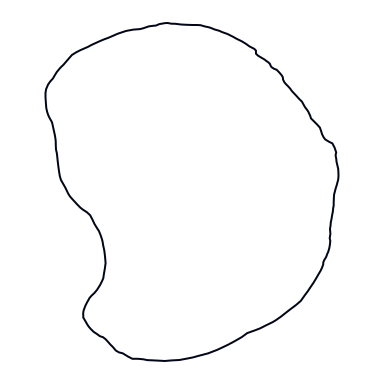 North Nilandhoo, Maldives
{"feature_id": "70690204B63708858601891", "entity_name": "North Nilandhoo", "entity_type": "district", "adm_level": 2, "iso_a3": "MDV", "parent_name": "Maldives", "parent_adm1": "", "projection": "mercator", "projection_center": [72.923, 3.188], "detail": "fine", "context": "isolated", "style": "outline", "palette": "ink", "viewbox_px": 384, "rotation_deg": 0, "n_neighbors": 0, "source": "geoboundaries", "source_scale": "gbopen_adm2", "svg_char_len": 2936}
<svg xmlns="http://www.w3.org/2000/svg" viewBox="0 0 384 384"><path d="M164.8,361.0L171.7,360.4L179.4,360.0L186.9,358.6L193.0,357.4L198.7,355.8L208.0,353.4L217.1,349.9L223.1,347.1L227.7,344.9L234.1,341.5L241.8,337.1L247.2,333.1L254.8,330.4L260.0,328.4L266.5,325.1L272.7,322.1L276.0,320.1L281.0,316.6L285.8,312.8L290.8,308.9L295.9,305.1L300.8,300.9L304.9,295.1L307.9,291.1L310.4,287.3L313.4,282.9L316.6,277.6L318.6,274.1L320.6,270.7L321.8,268.2L323.2,264.6L323.3,262.3L324.3,260.0L326.2,256.9L327.3,253.8L328.2,251.9L329.3,248.1L329.9,244.7L330.3,240.9L329.7,238.3L330.4,233.7L330.0,229.0L330.6,225.0L330.8,222.3L331.5,219.0L332.2,214.7L332.8,211.9L333.2,208.0L333.7,205.6L333.7,202.0L333.9,197.4L334.1,194.5L335.2,190.3L335.9,187.7L336.6,185.6L337.2,183.3L338.2,179.6L338.5,176.0L338.4,172.4L338.2,168.9L336.5,161.6L336.3,159.3L335.6,155.2L336.2,152.4L334.6,147.7L332.4,143.4L328.9,141.7L325.2,139.4L323.7,137.4L322.1,134.3L321.1,131.1L319.9,127.6L317.2,124.6L314.6,122.0L311.0,118.4L310.1,115.6L308.4,111.9L307.1,109.9L304.9,107.0L303.3,104.1L301.9,101.6L299.2,99.0L296.8,96.3L294.2,93.5L291.8,91.0L290.4,88.9L288.4,86.6L286.5,84.7L284.5,82.5L283.1,79.7L282.8,77.2L281.6,75.2L279.5,72.7L276.7,69.8L273.9,68.7L271.6,67.2L270.6,65.7L270.0,64.0L268.4,62.4L266.4,61.0L264.5,59.5L261.4,57.7L257.8,55.5L256.0,53.7L255.9,50.5L254.3,48.9L252.0,47.7L249.5,46.4L246.2,44.0L241.8,41.3L236.8,38.9L233.1,36.8L227.5,34.0L221.9,32.0L219.0,30.7L214.7,29.5L210.3,27.7L207.6,27.0L204.3,26.3L200.6,25.2L197.1,25.0L192.8,25.0L186.7,24.8L181.1,24.5L175.4,23.8L171.5,23.7L167.6,23.0L165.1,23.1L159.4,24.1L155.8,25.6L154.2,25.7L151.6,26.0L148.7,26.4L146.1,27.3L142.5,28.5L139.8,29.1L136.1,29.4L133.3,29.6L130.7,30.1L128.4,30.5L125.9,31.0L120.5,32.8L117.5,33.8L113.0,35.8L107.9,38.0L104.7,39.1L100.4,40.9L96.4,42.7L91.4,45.0L87.7,47.0L83.5,48.8L80.1,50.3L76.2,52.3L71.9,55.0L68.7,58.7L63.5,64.7L60.3,67.8L56.8,72.0L54.9,75.1L53.0,78.4L50.3,81.4L48.1,84.5L46.1,89.2L45.5,93.0L45.5,97.2L45.8,101.6L46.1,105.7L46.3,108.1L47.2,112.1L48.5,115.8L49.5,117.8L52.0,122.3L52.9,126.2L53.9,130.8L54.7,134.4L55.3,137.8L55.7,140.9L55.8,145.5L56.0,149.5L56.9,153.5L57.4,158.1L57.7,161.1L58.5,167.6L59.3,173.1L59.9,176.4L61.0,180.1L63.3,184.1L65.2,187.4L68.2,193.6L69.8,196.2L71.4,198.1L73.7,200.6L76.8,204.0L80.4,207.7L82.7,209.5L85.3,211.2L87.0,212.3L90.2,215.3L92.4,219.5L94.6,224.2L97.4,228.7L98.9,231.0L100.4,234.6L101.9,239.0L102.6,241.7L103.1,245.0L104.3,250.6L105.0,256.2L105.6,263.1L104.8,268.9L103.9,274.0L103.3,278.2L102.1,281.0L100.1,285.0L97.0,289.9L94.3,293.1L91.7,295.5L89.6,297.9L87.1,302.3L85.3,305.9L83.6,310.5L83.2,313.2L83.3,317.6L85.7,321.7L87.5,324.8L88.7,326.6L90.7,328.9L93.7,331.9L96.8,333.9L99.9,336.2L103.0,337.2L105.7,339.3L107.9,341.7L110.5,344.7L112.6,346.7L115.8,350.5L119.0,352.4L122.7,353.3L128.1,356.6L132.4,358.8L138.1,358.8L143.4,359.3L147.2,360.1L153.6,360.4L159.6,360.7L164.8,361.0Z" fill="none" stroke="#020617" stroke-width="2"/></svg>